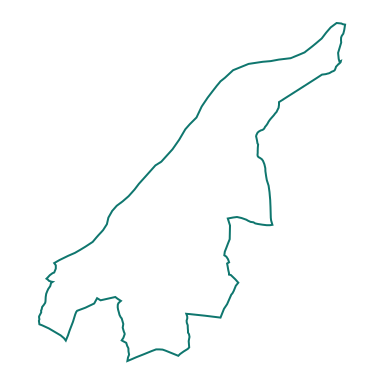 the district of Orsu, Imo, Nigeria
{"feature_id": "59680162B44850901768514", "entity_name": "Orsu", "entity_type": "district", "adm_level": 2, "iso_a3": "NGA", "parent_name": "Nigeria", "parent_adm1": "Imo", "projection": "albers", "projection_center": [6.989, 5.858], "detail": "fine", "context": "isolated", "style": "outline", "palette": "teal", "viewbox_px": 384, "rotation_deg": 0, "n_neighbors": 0, "source": "geoboundaries", "source_scale": "gbopen_adm2", "svg_char_len": 3396}
<svg xmlns="http://www.w3.org/2000/svg" viewBox="0 0 384 384"><path d="M209.0,95.9L207.7,97.6L201.7,106.5L196.5,117.5L189.8,124.2L185.3,129.3L179.2,139.7L172.5,149.3L161.3,161.7L155.4,165.4L153.8,167.2L146.3,175.6L139.0,183.7L134.5,189.6L128.6,196.2L122.6,201.4L117.6,205.1L117.1,205.5L116.7,205.8L112.2,210.9L111.2,212.7L108.4,217.6L106.9,224.2L103.1,230.1L101.5,231.9L98.6,235.0L96.4,237.5L92.7,241.9L86.0,246.3L84.9,247.0L80.1,249.9L79.4,250.3L74.9,252.9L68.2,255.8L59.4,260.1L54.2,263.1L55.8,265.3L55.8,268.6L54.2,272.5L52.5,273.2L49.8,275.2L47.7,277.5L46.5,278.7L47.8,279.6L49.1,280.9L51.4,281.7L52.6,281.9L51.1,282.9L50.2,286.2L48.4,288.7L47.3,291.0L46.2,293.8L45.7,297.0L45.5,301.2L45.2,302.8L43.8,304.9L42.2,306.9L41.6,309.6L41.1,310.4L41.2,312.4L39.1,316.4L39.1,317.9L39.4,319.2L38.9,320.8L39.4,324.3L42.1,325.3L48.8,328.4L56.8,333.1L60.7,335.4L64.0,338.2L65.8,340.6L68.0,335.3L69.5,330.8L73.0,321.7L75.2,314.5L76.2,312.0L77.1,310.8L85.4,307.7L94.2,303.5L97.1,298.2L100.6,300.3L115.3,297.0L117.5,298.7L120.9,300.9L119.8,301.8L118.4,303.2L117.8,304.7L117.7,307.3L118.1,309.7L118.9,312.5L119.5,314.9L120.8,317.4L121.7,318.4L123.3,324.0L122.7,327.7L123.9,331.8L124.5,333.1L124.7,334.1L123.4,337.8L121.7,340.4L123.3,341.3L126.2,342.8L127.2,345.9L128.4,348.3L128.5,351.5L129.1,354.6L128.0,357.5L127.4,361.0L131.3,359.4L136.1,357.3L143.7,354.3L151.8,351.0L156.1,349.4L159.2,349.4L162.6,349.6L165.7,350.7L178.3,355.8L180.1,354.0L183.6,351.5L187.8,348.9L189.2,347.4L188.7,341.2L189.0,339.4L189.5,336.9L189.0,334.2L188.0,332.6L188.0,330.7L187.8,328.3L187.7,325.2L186.8,322.8L186.6,320.7L187.3,318.2L187.2,316.3L186.3,313.8L187.3,313.9L189.8,314.1L204.9,315.7L220.5,317.6L224.0,308.8L227.1,304.2L231.3,294.6L232.4,293.4L233.7,291.0L235.8,285.8L238.3,282.7L235.3,279.3L232.7,276.8L230.8,275.0L229.0,274.6L229.0,273.1L228.3,270.2L227.6,266.1L227.1,263.5L229.1,262.3L228.0,259.2L226.3,256.6L224.3,255.3L224.8,251.7L226.2,248.2L227.9,243.7L229.7,239.2L230.0,225.5L227.8,218.5L233.2,217.5L237.0,217.0L241.5,218.0L246.3,219.7L248.0,220.7L250.6,221.9L253.5,222.3L255.2,223.4L258.0,224.0L262.5,224.7L266.7,225.2L270.0,225.2L272.4,224.8L271.1,220.4L270.8,217.8L270.5,207.2L270.2,200.0L269.5,192.1L268.6,185.7L266.8,180.1L266.2,176.7L265.4,171.2L265.3,168.2L264.4,164.3L263.0,160.8L261.7,159.1L259.6,157.7L258.6,157.2L257.8,156.3L257.5,155.0L257.7,152.9L257.7,151.1L257.8,147.8L258.1,144.4L257.5,143.5L257.0,140.4L256.7,139.0L256.1,136.3L256.4,135.0L257.6,132.6L258.9,131.5L260.8,130.4L261.6,130.2L262.7,129.8L263.8,129.0L264.5,128.0L265.1,126.8L266.4,125.3L267.6,123.5L268.6,121.6L270.1,119.5L271.3,118.1L273.7,115.4L275.2,113.4L276.5,112.0L277.0,111.0L278.0,108.9L278.6,107.8L278.8,106.2L279.0,104.9L279.0,102.1L315.7,78.7L322.0,74.6L323.7,74.4L325.4,74.2L326.3,74.0L327.2,73.7L328.9,73.3L329.8,72.9L331.8,71.7L333.6,71.0L334.0,70.7L334.6,70.3L335.0,69.6L335.6,68.1L336.0,66.8L336.5,66.2L337.6,65.1L338.0,64.5L339.4,63.5L340.6,62.2L340.9,61.0L339.5,61.7L338.7,58.9L338.1,52.9L341.0,43.2L341.2,42.5L341.0,40.1L341.1,37.6L341.8,35.8L343.3,33.7L344.2,30.2L345.1,24.6L342.8,24.2L341.4,23.5L336.6,23.0L330.7,27.4L326.2,32.6L321.7,38.5L319.3,40.5L316.5,42.9L312.0,46.6L306.2,51.1L304.6,52.4L299.4,54.6L290.6,58.2L279.7,59.5L278.8,59.6L270.7,61.1L262.6,61.8L248.6,63.9L233.1,70.2L226.3,76.5L224.9,77.8L220.4,81.4L219.7,82.3L216.7,85.9L212.2,91.7L209.0,95.9Z" fill="none" stroke="#0f766e" stroke-width="2"/></svg>